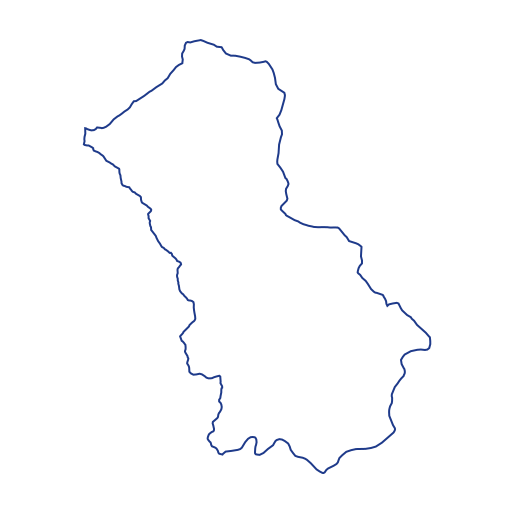 the district of Bjoka, Shemgang, Bhutan, rotated 5°
{"feature_id": "84629894B39816356167412", "entity_name": "Bjoka", "entity_type": "district", "adm_level": 2, "iso_a3": "BTN", "parent_name": "Bhutan", "parent_adm1": "Shemgang", "projection": "natural_earth1", "projection_center": [91.071, 26.964], "detail": "fine", "context": "isolated", "style": "outline", "palette": "blue", "viewbox_px": 512, "rotation_deg": 5, "n_neighbors": 0, "source": "geoboundaries", "source_scale": "gbopen_adm2", "svg_char_len": 6080}
<svg xmlns="http://www.w3.org/2000/svg" viewBox="0 0 512 512"><g transform="rotate(5 256 256)"><path d="M74.7,143.6L75.3,149.1L74.8,152.3L74.8,154.6L75.2,156.6L74.8,159.8L75.6,160.3L77.9,160.6L79.7,160.5L82.2,161.6L83.5,162.2L84.4,162.8L84.5,163.7L85.2,165.1L87.3,165.8L89.0,166.2L91.0,167.1L92.3,168.1L94.6,169.4L95.4,170.1L98.6,174.2L102.1,175.6L103.8,176.6L105.4,177.2L107.5,179.0L112.0,181.0L112.3,181.7L112.6,184.3L113.0,185.8L113.9,187.4L114.4,190.1L115.5,193.6L115.7,195.2L116.8,196.9L117.7,197.5L119.2,197.7L120.1,198.1L121.2,198.4L123.8,198.6L124.3,199.4L124.8,200.0L125.7,200.8L126.5,201.8L127.4,202.6L128.0,202.9L129.6,203.2L131.1,204.5L135.0,206.3L136.2,207.4L136.6,210.1L137.4,212.1L138.0,212.9L142.9,215.3L143.9,216.3L145.9,217.5L147.0,218.2L147.6,219.1L147.5,220.0L147.3,220.6L145.9,222.2L144.9,223.4L144.9,224.1L145.5,225.5L145.7,227.7L147.5,230.3L147.2,231.7L147.4,233.1L147.7,233.9L148.1,235.3L148.9,236.5L149.1,237.8L149.3,239.2L154.4,244.7L155.3,246.6L157.2,249.7L159.2,252.0L160.7,254.2L161.5,255.2L163.4,256.0L164.7,257.3L165.6,257.6L167.9,259.0L169.4,260.2L170.0,260.5L170.9,260.2L172.0,261.3L172.3,262.3L172.7,263.1L175.9,265.3L177.1,266.5L177.8,267.8L179.9,268.4L181.4,269.2L181.9,270.2L182.1,271.0L181.3,272.0L180.2,273.9L179.2,275.2L179.0,276.6L179.5,279.9L179.0,281.8L179.1,283.0L179.4,284.1L180.0,285.3L180.2,287.2L181.0,289.2L181.0,290.3L181.8,292.4L182.6,296.0L183.5,297.7L185.4,299.7L186.8,300.5L188.1,302.0L190.0,303.5L191.0,304.5L191.9,305.8L192.9,306.1L194.7,306.1L196.3,306.5L197.7,307.4L198.3,309.5L198.5,312.9L198.7,313.8L199.0,315.4L199.6,317.8L200.6,321.4L201.0,323.9L200.5,325.4L199.8,326.4L198.7,327.3L197.5,328.6L195.8,330.6L195.3,332.1L190.4,337.9L190.1,338.9L189.1,340.4L187.7,342.1L187.4,342.7L189.4,347.0L190.3,347.4L191.7,348.7L193.5,350.8L193.6,351.8L193.8,352.6L194.0,354.9L193.6,356.6L193.6,357.5L194.3,358.7L196.5,361.7L196.7,362.7L197.5,363.9L197.4,365.3L196.8,367.9L196.8,369.1L198.2,370.9L198.8,372.0L199.2,373.3L199.7,377.1L200.3,377.7L201.5,378.7L204.0,379.7L206.8,379.2L210.1,378.2L212.4,378.6L215.4,380.2L217.2,381.5L219.2,382.0L221.5,381.8L222.9,381.5L224.6,380.5L227.0,379.5L229.9,378.5L230.9,379.2L231.7,384.1L231.7,385.8L233.6,388.7L233.8,390.2L233.2,390.8L233.1,392.2L233.3,395.0L232.9,398.6L232.8,400.6L232.2,401.7L231.8,402.5L232.0,404.2L233.5,405.4L234.4,407.0L235.0,409.2L235.0,410.2L234.8,411.8L234.2,413.2L233.6,414.5L232.8,415.7L232.3,417.2L232.2,419.1L232.0,420.1L231.5,420.9L227.5,425.0L227.4,426.5L228.4,429.1L228.6,429.9L229.2,431.7L229.3,432.7L229.2,433.7L228.6,434.5L227.1,435.3L225.4,436.9L224.7,437.7L224.4,438.5L223.9,440.3L223.7,441.8L223.9,442.6L224.4,443.3L225.9,444.9L227.0,445.7L227.3,446.4L227.8,447.9L228.1,448.5L228.7,449.4L231.7,450.3L233.2,451.1L233.9,451.9L234.3,452.5L234.8,453.1L235.2,453.9L235.4,454.6L236.1,455.8L236.7,456.2L239.9,456.7L240.3,456.0L242.8,453.5L248.5,452.3L254.8,450.7L257.1,449.7L258.6,448.2L261.5,442.3L264.0,438.8L266.4,437.0L268.4,436.6L270.6,436.7L271.5,437.4L272.3,438.8L272.8,441.5L272.5,444.2L272.1,445.8L272.0,447.6L272.1,451.6L272.3,452.7L273.0,453.5L274.3,453.7L276.9,453.8L280.6,451.6L284.7,447.2L289.5,443.0L290.5,440.7L291.6,438.5L292.7,437.5L295.3,436.4L298.0,436.6L300.8,437.8L304.4,440.0L306.2,442.9L307.5,446.1L310.1,449.1L312.6,451.7L315.3,452.4L320.1,452.9L322.7,453.7L324.5,454.6L328.7,457.7L334.9,463.3L338.2,465.1L341.1,466.3L342.2,466.3L343.3,465.5L344.7,463.0L346.3,461.4L351.6,458.2L354.3,456.2L355.5,454.5L356.0,452.4L356.7,450.0L359.2,447.0L363.0,443.2L367.8,441.1L372.5,439.6L381.8,438.6L387.4,437.2L392.0,435.4L397.7,431.0L408.4,419.9L409.1,418.5L409.5,417.4L409.6,416.3L409.3,415.4L407.2,412.5L402.7,403.6L402.2,400.0L402.1,397.9L402.3,396.1L402.7,394.0L404.1,390.7L404.2,388.6L404.0,385.5L403.4,383.7L403.4,381.8L405.7,374.4L408.2,370.6L409.7,367.8L411.3,365.4L413.5,362.7L413.8,361.4L414.3,360.2L414.4,358.7L414.2,357.4L413.6,355.6L413.0,354.9L410.5,351.0L409.5,346.9L411.1,343.6L412.7,341.2L418.6,337.3L424.8,335.4L428.3,334.8L432.5,334.9L434.8,334.3L436.6,332.6L437.3,328.6L437.0,325.5L436.3,321.8L435.4,321.1L431.8,317.6L422.4,310.6L419.1,306.7L416.6,304.9L415.6,303.5L411.6,301.6L406.3,297.4L404.7,295.2L402.1,290.9L400.3,290.4L396.3,291.4L392.7,292.6L391.2,294.2L390.1,292.3L389.5,289.6L388.3,287.4L386.6,285.2L386.3,284.4L385.6,283.7L379.5,282.2L378.0,282.1L376.5,281.3L373.5,278.9L369.8,274.0L367.5,271.3L363.8,268.6L361.4,265.7L359.3,264.3L358.7,263.5L358.8,261.9L359.3,259.1L360.3,256.7L362.2,254.2L362.0,251.3L360.6,247.2L360.3,237.7L359.6,237.1L356.9,235.4L354.5,234.6L347.4,233.0L344.7,229.3L342.5,227.6L336.4,221.3L334.8,220.5L330.1,220.9L327.5,221.2L324.6,221.1L320.0,221.4L315.7,221.9L311.0,222.0L309.3,221.7L305.6,221.3L303.5,220.8L300.4,220.2L296.8,218.9L295.1,217.9L291.3,216.9L285.4,214.2L283.3,213.3L282.3,212.7L281.6,211.5L278.3,208.9L276.7,207.5L276.5,205.9L277.0,204.0L281.8,198.2L282.3,196.2L280.7,191.5L280.0,188.7L280.1,186.4L281.5,183.6L282.1,181.4L281.7,180.2L281.0,178.7L279.7,176.6L278.5,175.8L275.6,169.7L272.5,165.8L269.3,162.4L268.9,160.1L268.9,158.0L269.5,151.6L269.3,142.9L270.5,135.4L271.3,132.5L270.8,128.8L268.2,124.7L266.6,121.1L265.5,118.4L264.7,116.9L267.1,113.2L268.5,108.6L270.6,97.3L270.8,94.6L270.8,93.2L270.0,90.9L263.6,87.5L260.8,83.1L259.4,76.9L257.7,72.1L256.1,68.7L252.0,63.5L249.8,61.6L248.5,61.2L246.7,61.9L242.8,63.0L238.3,63.7L235.8,63.3L233.5,61.5L231.9,60.6L227.8,59.6L222.8,58.8L217.8,58.3L213.4,58.6L208.4,56.9L205.3,53.6L204.2,51.9L203.5,51.0L198.7,50.9L195.6,49.2L189.0,47.8L185.0,46.4L182.0,45.7L175.7,47.5L171.9,49.0L169.2,48.8L167.7,49.7L166.7,52.5L166.8,55.9L166.1,58.0L164.8,60.7L164.9,63.7L165.9,66.6L165.8,70.4L162.5,72.4L159.8,74.8L157.8,77.9L154.7,82.0L152.5,86.6L149.9,89.1L147.6,92.3L142.1,96.4L137.5,100.5L135.7,101.6L130.7,106.2L124.9,110.7L123.1,112.1L120.8,112.5L118.9,115.7L117.4,118.9L115.4,121.2L112.4,123.5L109.9,125.9L107.6,127.9L105.9,129.0L102.3,132.3L98.8,137.3L95.4,140.3L93.0,141.6L91.2,142.1L90.4,141.9L86.5,141.8L85.3,143.5L83.6,144.7L81.1,145.2L79.3,144.9L76.8,144.3L75.6,143.7L74.7,143.6Z" fill="none" stroke="#1e3a8a" stroke-width="2"/></g></svg>